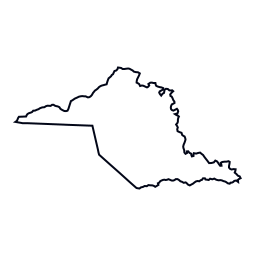 the district of Sítio do Quinto, Bahia, Brazil
{"feature_id": "56859067B85843569358413", "entity_name": "Sítio do Quinto", "entity_type": "district", "adm_level": 2, "iso_a3": "BRA", "parent_name": "Brazil", "parent_adm1": "Bahia", "projection": "albers", "projection_center": [-38.119, -10.319], "detail": "fine", "context": "isolated", "style": "outline", "palette": "ink", "viewbox_px": 256, "rotation_deg": 0, "n_neighbors": 0, "source": "geoboundaries", "source_scale": "gbopen_adm2", "svg_char_len": 3750}
<svg xmlns="http://www.w3.org/2000/svg" viewBox="0 0 256 256"><path d="M238.1,181.9L237.9,179.9L239.1,178.9L240.6,178.2L239.7,176.4L237.9,175.7L236.4,174.0L234.7,172.6L235.4,170.8L235.6,169.3L233.4,169.1L231.6,169.5L230.1,168.9L229.0,167.6L229.0,166.1L229.5,163.7L229.7,161.9L228.5,161.2L226.4,161.7L224.4,161.7L222.2,162.0L220.8,162.8L221.3,164.4L221.5,165.7L220.2,165.8L218.9,164.1L217.9,162.5L216.9,161.3L215.3,160.6L213.8,162.4L211.4,163.0L209.1,163.1L207.1,160.4L205.9,158.9L204.3,156.8L203.1,155.0L201.6,153.9L200.1,152.6L198.0,153.0L196.2,153.6L193.8,153.2L193.5,154.5L193.5,156.0L191.9,156.4L191.4,155.2L191.2,153.7L189.4,152.8L188.2,151.3L186.9,151.4L187.0,153.0L185.5,153.8L184.4,152.5L184.2,150.2L183.4,147.9L183.2,146.5L183.7,144.5L184.3,143.2L184.9,141.6L185.5,139.7L185.3,138.4L184.6,136.5L183.3,135.8L182.2,135.0L181.5,132.8L179.5,132.1L177.6,131.2L177.2,129.2L177.8,127.5L177.2,126.2L176.1,124.5L177.6,122.7L177.9,121.3L177.9,119.7L178.2,118.1L178.9,116.5L177.7,115.6L176.2,114.9L175.0,114.1L177.5,113.4L178.2,111.3L177.7,109.8L176.9,108.8L175.0,109.8L173.4,110.6L172.0,110.1L171.1,109.2L170.8,107.8L171.0,106.2L171.8,104.4L173.1,103.8L174.5,103.0L174.4,101.6L173.3,100.1L172.5,98.1L171.7,96.6L170.5,96.0L170.2,94.4L171.5,92.8L173.2,91.2L172.2,90.3L171.0,90.5L169.4,90.4L167.8,89.0L165.9,88.8L164.5,89.8L164.3,91.4L164.0,92.9L162.5,93.8L161.2,95.6L159.9,94.0L159.2,92.6L159.7,91.4L161.3,90.5L163.1,89.5L163.2,88.1L161.4,87.4L159.6,87.1L157.9,86.6L156.3,85.9L155.7,84.7L155.4,83.0L153.3,83.0L151.9,82.6L150.3,82.7L148.4,84.0L149.2,85.5L148.1,86.8L147.0,87.4L145.6,86.8L144.4,86.2L143.2,85.7L141.9,85.5L140.1,86.0L139.2,84.1L138.0,83.3L136.6,82.6L136.7,81.2L137.1,79.3L138.1,77.3L139.1,75.3L139.8,73.4L138.0,72.3L135.7,72.1L133.8,71.6L132.7,70.5L131.2,69.7L129.6,68.8L128.2,68.5L126.4,68.7L124.4,69.0L122.6,69.0L121.2,68.0L119.4,67.7L118.0,67.5L117.4,69.3L116.2,70.5L114.5,71.0L113.7,72.6L113.1,74.1L111.7,75.1L111.1,76.2L110.0,77.2L108.6,78.3L107.7,80.6L107.1,82.5L106.6,84.3L105.0,84.7L103.6,85.1L102.0,85.5L100.5,86.1L98.9,87.2L97.8,88.5L96.3,89.7L94.9,90.6L93.9,91.9L93.1,92.8L92.5,93.9L91.8,95.1L90.8,96.2L89.5,97.1L87.9,97.4L86.8,96.9L85.6,96.3L84.0,96.3L82.3,96.1L80.6,96.3L78.9,96.7L76.9,97.7L75.0,98.5L73.8,99.3L72.4,100.3L70.9,101.1L70.5,102.4L70.1,103.6L69.7,104.8L69.3,106.1L68.9,107.3L68.5,108.7L67.5,110.7L66.0,111.1L64.3,111.0L62.7,110.2L61.4,109.5L60.3,108.7L59.4,107.2L57.7,106.4L56.1,106.1L54.7,105.6L53.6,104.8L52.1,104.8L50.6,105.9L49.1,105.8L47.5,105.7L45.9,106.2L44.4,107.2L42.2,107.4L40.0,108.2L38.5,109.2L37.0,109.7L35.0,110.6L33.2,110.7L32.1,112.0L30.8,112.6L29.1,113.1L27.5,114.0L26.6,115.3L26.1,116.5L18.9,116.8L18.0,118.2L17.5,119.6L16.8,120.9L15.4,121.9L21.1,122.9L22.6,123.2L27.5,123.2L63.1,124.6L67.3,124.8L89.0,125.6L92.4,125.7L97.9,149.5L98.5,152.5L99.1,154.7L109.5,164.0L119.8,173.1L129.1,181.5L132.6,184.6L135.1,186.8L136.5,188.0L138.0,188.3L139.5,188.5L140.9,187.4L143.0,186.9L144.7,186.0L146.8,186.2L148.4,185.1L150.3,185.3L152.5,185.4L154.1,186.0L155.2,186.8L156.6,186.0L158.4,184.9L157.9,183.3L159.3,182.6L159.9,181.5L161.1,180.7L163.0,179.9L164.4,179.7L165.6,180.0L166.9,179.8L168.5,179.2L170.2,179.9L171.6,180.5L173.0,180.6L174.5,180.1L175.8,179.1L177.5,179.1L179.0,180.0L180.4,181.3L181.8,181.7L183.7,182.8L185.7,182.4L186.7,183.2L188.0,184.6L189.8,185.4L191.4,184.5L193.1,183.6L194.4,182.5L196.0,181.4L197.7,181.0L199.3,181.3L200.7,180.2L201.9,179.9L203.0,178.3L204.9,178.3L205.5,179.5L207.1,179.7L208.7,180.0L210.1,178.7L212.3,179.3L214.3,178.6L216.0,179.6L217.2,180.0L218.7,180.3L220.3,180.1L221.9,180.4L223.4,181.1L225.0,181.5L226.2,182.1L227.8,183.3L229.7,183.7L230.5,182.7L231.7,182.7L233.2,182.0L234.3,180.9L236.2,180.5L238.1,181.9Z" fill="none" stroke="#020617" stroke-width="2"/></svg>